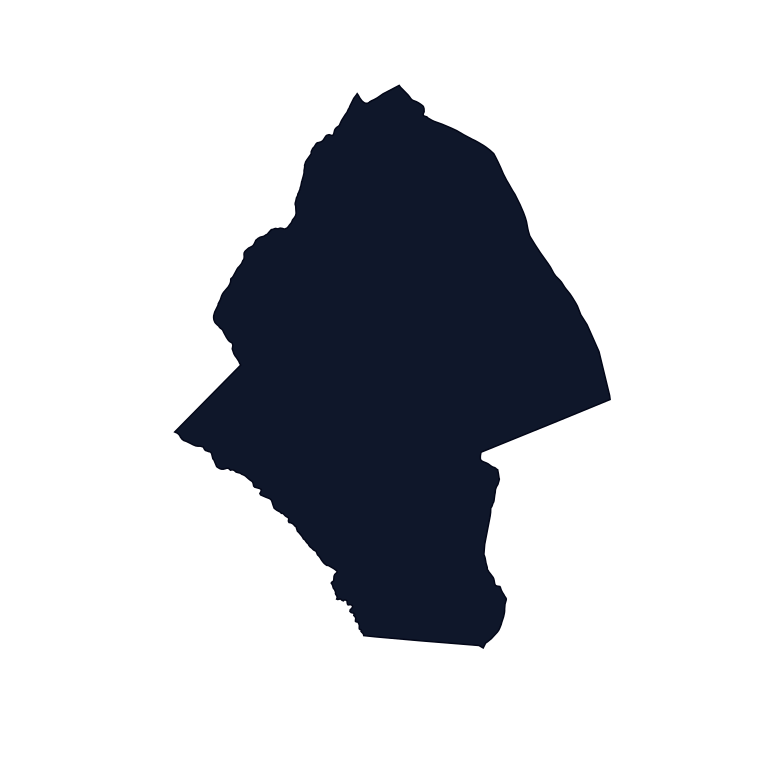 outline of Tarbaj, North-Eastern, Kenya, rotated 160°
{"feature_id": "3690345B53726856133736", "entity_name": "Tarbaj", "entity_type": "district", "adm_level": 2, "iso_a3": "KEN", "parent_name": "Kenya", "parent_adm1": "North-Eastern", "projection": "mercator", "projection_center": [40.301, 2.381], "detail": "fine", "context": "isolated", "style": "filled", "palette": "ink", "viewbox_px": 768, "rotation_deg": 160, "n_neighbors": 0, "source": "geoboundaries", "source_scale": "gbopen_adm2", "svg_char_len": 6147}
<svg xmlns="http://www.w3.org/2000/svg" viewBox="0 0 768 768"><g transform="rotate(160 384 384)"><path d="M267.6,659.4L285.6,657.0L292.4,655.2L296.2,654.6L299.1,654.4L300.3,654.1L300.8,654.1L301.5,653.7L303.5,653.4L304.6,653.8L305.7,654.4L306.4,655.1L307.4,656.7L307.9,657.6L308.9,660.9L309.4,664.2L309.9,666.0L311.1,665.1L314.7,662.8L321.1,656.7L322.0,655.6L322.9,654.7L323.3,654.6L325.9,651.9L328.1,650.5L332.4,647.2L334.0,645.9L337.5,642.3L338.6,641.8L340.1,641.5L341.4,641.0L342.2,640.6L343.2,639.8L343.6,639.4L345.6,636.4L346.5,635.5L347.4,635.2L348.4,635.6L350.0,636.9L350.4,637.1L352.6,637.3L353.8,636.9L357.4,634.2L358.5,633.5L360.5,633.1L363.3,633.3L364.0,633.5L364.6,633.4L365.7,632.9L368.6,630.6L369.5,630.3L370.7,629.5L372.7,627.5L373.1,626.9L373.5,625.6L373.8,625.2L374.4,624.7L379.8,621.0L381.7,619.5L382.4,618.5L383.6,617.0L384.0,616.3L384.1,615.6L385.2,613.5L386.0,612.2L387.0,609.6L388.7,607.0L391.5,603.1L391.7,602.6L392.1,602.4L394.4,598.5L395.5,597.2L396.5,595.5L398.0,594.0L398.2,593.5L398.6,593.2L400.0,592.0L400.4,591.1L401.3,590.0L402.5,589.0L404.2,586.3L405.4,584.6L406.0,583.4L406.2,581.2L406.7,579.6L408.2,574.5L409.2,572.9L409.9,572.1L411.3,571.0L413.9,569.4L415.1,568.0L416.1,567.1L418.7,565.6L419.9,564.7L421.9,563.7L424.4,563.6L424.7,563.7L426.2,564.9L428.0,565.9L429.2,566.1L430.5,566.0L432.7,567.3L433.7,567.4L435.4,567.3L436.8,567.6L437.2,567.6L437.6,567.4L437.9,567.1L438.7,566.8L441.4,565.3L442.2,564.7L444.2,564.5L445.9,564.0L447.3,564.0L449.9,564.3L450.5,564.3L451.0,564.1L452.3,564.0L453.0,563.7L455.3,562.9L456.8,561.3L458.4,559.8L459.8,558.8L461.0,558.5L464.1,558.1L464.6,558.1L468.7,556.5L469.5,556.0L470.6,555.0L471.2,553.7L471.8,551.6L472.1,550.9L472.8,549.5L473.8,548.6L474.5,548.2L476.3,546.2L477.2,545.5L480.1,543.8L480.9,543.5L481.6,543.1L482.7,542.3L485.7,539.6L488.9,536.8L490.0,536.0L491.7,535.4L492.2,534.9L492.5,534.0L493.3,532.3L494.8,530.5L497.2,528.5L503.4,525.0L505.1,523.7L506.5,522.3L509.0,519.1L512.4,516.0L512.7,515.3L513.2,514.6L518.4,509.6L520.7,506.4L521.2,505.2L521.5,504.4L521.9,502.4L521.8,499.9L521.5,498.8L520.4,496.5L519.5,495.0L519.3,493.9L518.6,492.2L517.8,491.4L517.6,490.7L517.2,490.1L516.9,486.9L516.1,481.6L515.4,478.7L515.1,477.9L514.6,476.8L512.7,474.5L512.7,473.0L512.9,471.8L514.6,468.9L514.7,463.6L514.2,460.9L513.7,459.5L512.6,454.8L512.6,453.3L512.2,450.8L597.1,410.5L595.0,408.5L594.1,406.9L593.6,405.5L593.4,403.6L592.6,401.1L591.4,399.3L589.5,397.8L586.3,394.5L584.1,392.1L582.0,390.2L580.1,389.2L577.7,388.3L575.4,386.6L575.0,383.6L574.3,382.4L573.2,381.6L571.7,380.3L570.3,379.5L569.8,377.6L570.2,374.0L570.4,372.3L569.8,370.7L569.5,363.6L568.4,362.0L566.9,360.3L565.7,359.5L564.2,358.9L562.6,358.7L560.5,358.6L558.7,357.9L558.5,356.7L557.6,355.4L556.2,355.4L554.4,354.2L553.1,351.8L551.4,350.6L549.6,349.4L548.5,347.8L547.2,346.7L545.8,345.1L543.7,341.2L542.5,339.2L541.6,338.1L541.0,336.8L541.0,335.1L541.4,332.7L540.8,331.3L536.6,328.3L535.4,326.8L536.4,325.0L538.1,323.6L537.9,322.0L533.9,318.2L530.8,315.5L529.7,313.9L529.5,312.1L529.7,308.1L529.7,304.8L527.9,302.0L525.3,299.1L524.7,297.6L523.1,296.8L521.9,293.9L521.0,292.6L519.7,291.2L519.7,289.7L520.6,288.3L520.8,287.3L520.6,286.3L519.1,285.5L517.8,284.2L516.9,282.7L516.5,281.3L515.5,280.0L515.7,275.3L514.8,273.5L513.3,269.3L512.9,267.6L512.7,266.0L511.7,264.6L511.3,263.0L510.8,261.3L509.9,259.6L509.7,257.8L509.1,256.1L508.1,254.6L507.0,252.2L505.1,250.1L505.0,249.3L504.9,246.2L504.0,244.4L503.4,242.5L503.0,240.2L502.3,237.8L501.5,235.7L499.9,233.2L498.4,232.5L495.1,228.6L493.9,227.1L492.3,224.5L492.3,223.2L495.4,221.9L496.7,220.5L498.1,217.4L498.9,216.1L500.7,215.7L501.7,215.0L501.3,213.4L501.2,212.1L501.4,210.5L501.4,209.1L500.8,207.8L500.7,205.0L501.3,203.6L501.3,202.8L500.8,201.0L501.1,199.2L502.1,198.1L501.2,197.3L498.4,196.9L497.4,195.0L496.3,194.1L495.3,194.6L494.1,194.3L492.9,192.8L493.4,191.1L493.6,189.8L493.3,188.7L491.7,188.3L490.4,187.8L489.6,186.7L489.7,185.5L490.3,184.8L491.4,184.1L493.0,183.4L493.8,182.0L493.0,180.4L490.9,179.0L490.3,177.8L491.1,177.6L491.6,176.8L490.9,175.5L490.7,174.1L490.9,173.0L491.6,171.9L492.0,170.6L491.2,169.8L490.1,169.3L489.8,168.4L489.7,166.8L489.8,165.4L490.4,164.1L491.0,162.4L490.4,161.4L489.6,160.9L489.5,160.3L490.2,159.4L489.8,158.3L489.2,157.1L488.9,155.8L489.1,154.5L478.2,149.2L437.7,130.3L384.2,105.8L381.1,102.0L377.1,105.8L374.8,106.4L370.0,108.1L362.3,112.1L360.3,113.5L358.6,115.2L356.1,118.0L355.0,119.6L351.3,124.3L349.1,127.8L348.2,129.6L347.6,131.3L345.6,135.7L343.0,139.3L342.6,140.2L342.6,141.2L343.2,143.5L343.4,145.1L343.9,147.2L344.2,149.2L344.3,150.9L344.2,153.3L344.4,154.1L346.8,155.4L347.8,156.2L348.2,157.0L348.3,158.3L347.7,161.7L347.5,163.5L347.6,164.9L349.1,169.8L349.6,171.1L349.9,172.9L350.3,174.4L349.7,176.4L349.4,180.8L348.5,185.7L348.4,187.4L348.4,189.7L344.2,198.9L329.3,223.8L327.7,226.9L326.3,230.4L325.7,231.3L324.9,231.7L324.1,232.5L322.4,234.7L321.4,235.5L320.6,236.6L317.8,242.0L316.5,244.2L315.4,246.6L313.8,248.6L312.7,249.6L311.3,250.7L310.3,252.1L309.1,253.7L308.1,255.2L308.0,256.6L307.2,260.4L306.5,264.6L307.4,265.5L307.8,266.5L308.5,267.5L310.3,268.9L311.2,270.0L312.3,271.6L313.3,273.2L314.7,274.7L317.5,277.2L318.5,278.4L319.1,279.8L318.9,281.1L318.4,282.5L317.9,283.7L316.2,286.7L232.8,289.8L176.8,292.1L175.9,296.1L170.9,340.9L172.9,370.3L175.4,381.7L175.6,391.1L176.1,394.4L177.4,400.9L178.4,405.0L180.5,411.1L181.1,413.1L182.4,419.1L183.5,421.9L185.7,426.6L186.2,428.4L186.6,429.8L187.6,436.7L188.6,440.9L192.2,453.9L194.3,462.8L196.1,471.6L196.4,473.4L196.1,478.1L195.8,480.5L194.6,487.8L194.3,492.0L194.3,497.1L194.8,505.9L196.1,517.5L197.1,522.0L198.5,530.3L199.1,533.4L200.0,540.5L200.4,547.6L200.9,553.5L201.6,559.6L202.1,563.0L204.5,567.5L207.1,571.6L208.9,574.1L212.5,578.5L215.1,581.5L217.4,583.8L223.7,590.8L229.0,597.2L231.7,599.9L233.4,601.6L240.6,608.3L247.0,613.6L248.8,615.4L251.7,618.9L252.4,620.4L254.7,622.1L255.2,623.6L254.2,625.1L253.2,626.0L252.2,629.0L252.1,631.0L252.4,632.1L253.9,634.4L255.4,636.4L257.0,638.2L259.8,640.6L260.5,641.5L261.2,643.0L261.8,645.3L262.6,647.6L267.0,657.2L267.6,659.4Z" fill="#0f172a" stroke="#020617" stroke-width="1.5"/></g></svg>